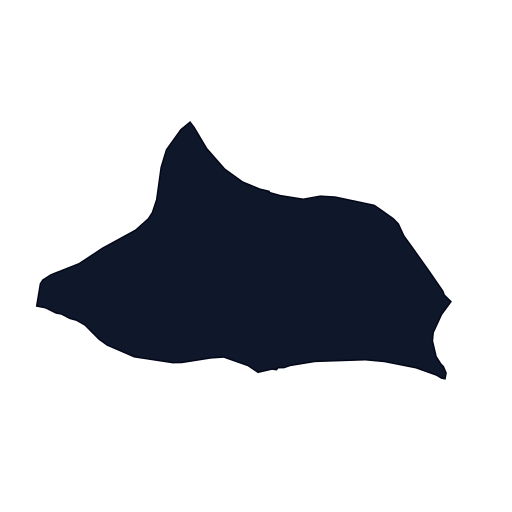 the district of San Juan Atitán, Huehuetenango, Guatemala, rotated 280°
{"feature_id": "79465075B84828217033389", "entity_name": "San Juan Atitán", "entity_type": "district", "adm_level": 2, "iso_a3": "GTM", "parent_name": "Guatemala", "parent_adm1": "Huehuetenango", "projection": "robinson", "projection_center": [-91.627, 15.473], "detail": "fine", "context": "isolated", "style": "filled", "palette": "ink", "viewbox_px": 512, "rotation_deg": 280, "n_neighbors": 0, "source": "geoboundaries", "source_scale": "gbopen_adm2", "svg_char_len": 1012}
<svg xmlns="http://www.w3.org/2000/svg" viewBox="0 0 512 512"><g transform="rotate(280 256 256)"><path d="M376.4,167.8L367.4,160.1L345.1,149.4L326.9,147.2L294.2,148.4L280.7,146.4L273.9,143.5L260.6,133.0L237.1,103.6L217.7,83.1L202.0,57.5L195.3,50.2L191.2,48.5L168.6,48.7L168.5,57.5L165.1,69.1L165.1,74.4L162.2,83.6L161.6,90.3L158.3,99.6L146.8,115.9L142.4,125.0L135.6,153.6L136.5,192.5L138.2,201.3L147.8,229.2L150.9,241.8L146.7,267.2L141.8,278.2L147.4,291.3L147.6,295.9L149.8,297.1L150.9,302.8L154.1,308.6L162.4,332.3L172.8,381.5L174.4,400.9L173.7,433.0L170.1,454.2L167.9,460.1L167.9,463.5L173.8,463.5L179.7,459.7L181.6,456.9L188.3,450.8L203.0,444.5L211.4,443.8L230.8,448.9L244.9,455.9L250.3,448.1L253.8,446.1L270.5,429.7L277.2,422.9L292.4,407.5L301.5,398.1L312.3,390.6L316.5,384.8L323.8,369.4L326.4,363.6L327.8,323.8L326.1,308.9L320.1,292.7L319.7,269.4L320.8,258.5L322.0,257.5L322.5,248.2L326.6,229.8L336.1,210.1L353.2,188.8L371.9,172.7L376.4,167.8Z" fill="#0f172a" stroke="#020617" stroke-width="1.5"/></g></svg>